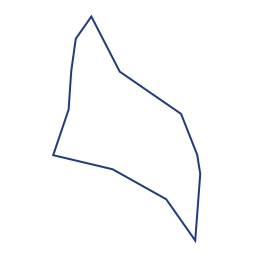 map outline of Šmartno ob Paki (Albers equal-area conic projection), rotated 182°
{"feature_id": "SVN-994", "entity_name": "Šmartno ob Paki", "entity_type": "Municipality", "adm_level": 1, "iso_a3": "SVN", "parent_name": "Slovenia", "parent_adm1": "", "projection": "albers", "projection_center": [15.03, 46.342], "detail": "fine", "context": "isolated", "style": "outline", "palette": "blue", "viewbox_px": 256, "rotation_deg": 182, "n_neighbors": 0, "source": "natural_earth", "source_scale": "10m", "svg_char_len": 310}
<svg xmlns="http://www.w3.org/2000/svg" viewBox="0 0 256 256"><g transform="rotate(182 128 128)"><path d="M56.9,17.9L87.3,58.1L141.9,86.2L201.8,98.2L188.0,144.3L186.7,183.1L183.3,215.4L168.5,238.1L138.2,184.0L75.4,143.9L57.9,103.6L54.2,84.7L56.9,17.9Z" fill="none" stroke="#1e3a8a" stroke-width="2"/></g></svg>